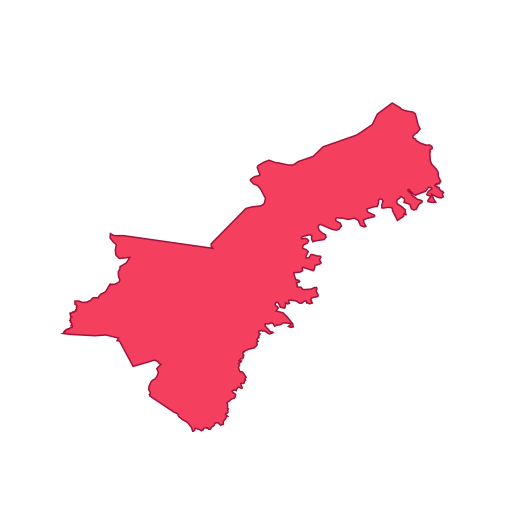 Chingola, Copperbelt, Zambia (Equal Earth projection), rotated 107°
{"feature_id": "96606910B88567375078856", "entity_name": "Chingola", "entity_type": "district", "adm_level": 2, "iso_a3": "ZMB", "parent_name": "Zambia", "parent_adm1": "Copperbelt", "projection": "equal_earth", "projection_center": [27.798, -12.504], "detail": "fine", "context": "isolated", "style": "filled", "palette": "rose", "viewbox_px": 512, "rotation_deg": 107, "n_neighbors": 0, "source": "geoboundaries", "source_scale": "gbopen_adm2", "svg_char_len": 6144}
<svg xmlns="http://www.w3.org/2000/svg" viewBox="0 0 512 512"><g transform="rotate(107 256 256)"><path d="M173.0,124.0L171.9,125.3L168.1,126.9L166.2,131.1L164.9,135.8L164.1,136.8L161.1,137.6L158.6,135.4L157.2,135.4L156.7,134.9L157.6,131.3L158.9,130.3L161.5,130.1L161.5,125.0L162.3,123.4L165.5,121.1L165.8,118.5L164.6,116.4L159.5,115.5L156.8,113.8L156.6,113.1L154.9,113.1L154.4,114.6L154.6,118.1L152.3,124.5L150.9,125.9L149.7,129.2L148.6,130.0L147.8,129.7L147.7,128.7L148.6,127.8L151.0,123.0L151.4,121.0L150.3,120.3L144.7,112.9L139.8,111.1L139.5,108.5L140.3,107.5L144.0,110.1L147.4,110.6L147.8,109.3L147.5,106.1L152.7,107.9L153.8,107.4L153.1,102.8L152.1,99.8L149.5,102.9L145.6,106.0L146.8,99.1L146.4,96.0L144.7,94.1L142.1,96.0L140.6,95.1L139.6,96.5L140.0,97.7L139.1,98.6L138.8,100.1L137.2,100.6L136.9,101.7L137.6,102.8L136.5,103.4L137.0,104.9L136.4,105.5L135.0,105.2L134.7,103.9L134.0,104.2L133.5,102.1L132.8,102.4L132.4,101.5L131.3,101.7L130.8,101.1L126.4,105.0L122.9,106.2L121.6,107.3L120.1,109.2L117.0,114.6L114.1,117.1L106.9,119.8L105.5,119.7L104.4,120.6L103.1,120.3L101.8,118.8L99.9,119.7L99.0,122.4L100.2,125.4L100.0,131.7L98.7,136.7L97.6,137.5L97.0,140.6L95.6,141.0L92.8,139.7L91.1,138.1L86.4,136.2L83.5,139.1L73.5,145.1L72.5,147.9L73.4,155.8L73.2,159.5L72.1,161.5L69.9,170.5L84.7,181.4L96.4,183.3L108.8,193.3L111.0,195.2L132.0,223.8L143.9,230.3L153.3,243.2L157.6,246.6L158.3,247.8L159.6,251.9L160.3,261.2L161.0,265.0L160.6,271.6L164.2,276.1L169.0,280.5L171.0,280.7L177.1,276.0L177.8,276.0L180.5,280.5L182.0,281.9L184.5,283.7L185.6,283.3L187.8,279.2L188.1,275.1L190.9,270.9L198.1,263.8L202.7,263.5L204.4,264.0L206.6,266.0L210.5,274.8L213.5,279.5L257.4,302.4L259.9,301.6L261.3,299.6L275.3,388.9L277.8,396.8L277.9,398.4L277.2,401.8L281.4,400.8L284.0,397.2L286.0,392.9L291.7,392.2L295.7,390.5L296.4,389.6L298.1,386.6L298.2,385.6L294.2,376.2L300.7,378.1L305.9,382.9L308.2,382.4L311.3,383.1L315.6,381.6L318.7,379.2L320.8,379.3L324.6,383.0L324.8,384.7L325.4,385.1L325.4,387.0L326.2,386.8L326.1,387.5L334.2,389.4L337.9,393.3L341.0,394.6L341.9,394.4L343.4,399.2L344.6,400.3L347.0,401.3L348.5,403.3L349.7,403.9L349.8,405.3L351.1,407.9L350.9,412.7L352.1,416.0L355.1,415.0L355.3,413.9L356.5,412.3L358.0,412.7L359.5,411.8L360.0,412.5L361.6,412.3L362.1,413.7L362.9,413.6L363.3,415.2L364.6,415.6L364.7,416.5L365.0,416.2L365.8,417.5L365.6,417.0L368.0,415.5L368.3,414.3L369.7,415.3L371.4,414.8L372.2,415.2L372.5,413.9L373.3,414.2L374.8,412.1L376.3,412.6L376.5,411.3L377.2,410.9L378.2,411.1L378.3,412.4L379.5,412.8L380.6,414.4L381.0,414.0L381.7,415.9L382.9,416.6L384.3,416.3L384.7,416.9L384.3,417.3L385.4,417.7L386.0,417.3L386.5,417.9L385.3,410.8L379.3,386.6L375.4,376.4L374.7,363.5L377.6,364.1L377.3,361.6L397.5,341.2L385.1,322.4L385.7,319.0L387.2,316.9L387.4,315.2L392.7,318.0L395.9,315.3L400.5,315.6L403.5,316.8L404.3,318.0L406.6,319.5L411.8,320.2L414.9,319.7L417.3,317.3L419.0,316.8L419.6,317.5L420.9,316.6L429.3,289.0L429.8,284.9L432.0,283.1L434.0,278.4L434.8,274.1L435.8,271.8L438.7,267.7L442.1,265.3L442.0,264.8L440.5,263.7L438.4,263.7L438.6,258.7L439.1,257.2L437.4,255.5L436.6,255.9L435.4,255.0L434.8,253.2L435.1,252.6L434.6,252.1L435.5,250.6L435.1,248.9L432.9,248.5L430.0,246.4L427.9,246.5L426.6,243.8L428.2,240.1L427.4,239.8L426.9,238.3L426.2,237.9L424.5,238.8L422.2,238.4L421.3,237.7L418.4,237.2L417.6,236.1L416.4,238.9L415.7,239.0L414.2,237.2L413.5,237.1L411.1,238.1L410.3,237.8L410.0,238.7L406.9,239.5L404.6,241.0L402.1,238.7L400.3,238.0L398.3,235.2L396.7,234.6L394.2,235.1L393.1,238.6L392.1,239.4L390.5,237.8L390.6,235.5L389.0,235.6L386.5,234.5L386.8,231.1L386.2,230.5L382.6,233.4L381.9,233.0L381.7,231.0L381.1,230.3L379.0,230.4L377.8,229.6L376.8,230.8L374.9,229.9L371.1,234.6L370.8,235.9L371.4,237.1L371.1,237.7L367.9,240.2L364.8,239.9L363.8,241.3L362.4,239.8L360.7,239.1L360.6,240.0L361.3,241.0L361.1,241.6L359.0,240.6L358.3,239.1L356.9,238.4L356.1,239.1L354.9,238.4L353.1,240.1L351.0,240.0L350.9,239.0L350.3,239.1L347.1,235.5L344.6,231.0L341.6,229.2L340.0,229.0L338.3,230.4L337.1,229.0L335.9,230.7L333.7,230.1L333.1,229.2L331.6,230.2L329.4,229.3L328.5,230.9L326.8,231.4L326.4,230.0L325.5,229.2L325.9,227.6L325.2,225.5L326.3,222.6L326.6,220.2L324.3,217.2L323.9,217.9L324.2,220.1L320.2,226.9L318.0,227.3L317.3,223.9L315.6,222.3L315.4,220.2L317.7,217.6L316.2,216.0L314.2,212.1L311.9,210.3L310.5,203.7L310.7,203.0L311.5,202.6L313.8,204.4L314.2,202.0L312.9,199.6L310.2,201.0L305.2,208.2L302.4,213.7L302.7,220.7L299.2,219.5L298.2,220.8L297.6,223.1L295.7,223.7L294.1,222.8L293.9,221.7L295.2,220.0L297.9,217.8L297.6,213.6L297.1,213.2L293.7,213.5L292.3,214.2L292.1,213.7L292.6,211.7L291.4,210.2L289.5,211.8L288.4,211.5L287.2,204.2L288.3,201.1L288.3,199.8L287.5,198.2L285.5,197.1L284.2,195.2L286.2,193.6L285.7,192.9L286.1,190.9L284.5,188.4L281.6,190.9L280.2,190.6L278.7,188.9L277.0,185.4L276.3,185.0L274.7,185.4L272.2,188.2L269.4,188.2L268.4,189.0L269.0,190.8L271.6,193.7L274.2,200.6L274.2,201.5L272.7,203.9L273.5,206.9L273.3,207.7L271.6,208.1L269.5,209.6L268.5,207.1L267.4,206.8L266.8,208.1L266.9,211.1L263.2,213.9L260.9,214.9L258.6,209.3L256.5,207.2L253.6,208.3L253.1,207.9L253.3,196.8L252.4,196.4L247.8,196.7L244.9,192.5L243.5,191.7L241.0,194.2L238.0,193.6L237.4,194.2L238.1,198.2L238.1,202.9L238.5,203.9L241.6,204.6L243.3,206.6L243.3,207.3L241.9,208.2L236.6,207.3L235.2,209.7L235.0,213.4L234.2,213.9L231.8,214.0L228.5,210.6L225.9,210.2L224.8,211.9L224.7,214.0L226.2,217.1L225.0,218.1L223.7,217.0L220.0,211.0L220.1,208.7L223.4,207.9L225.8,205.9L224.0,203.3L220.4,195.7L217.5,194.5L215.4,195.7L214.6,199.6L213.0,203.0L210.8,204.9L209.4,205.2L207.6,204.6L206.9,203.4L208.3,190.7L207.8,186.8L206.2,184.5L202.3,183.0L200.0,185.0L198.9,190.1L197.0,190.6L196.0,190.0L194.5,184.3L194.1,178.5L191.0,172.9L192.2,168.4L196.3,165.0L196.5,161.0L195.9,159.7L195.5,159.5L192.4,162.7L190.1,163.7L187.7,160.9L184.1,154.8L183.0,154.1L182.3,154.9L181.4,161.6L180.2,163.0L178.5,163.7L174.3,157.3L173.2,154.6L170.5,154.3L166.4,155.0L164.9,153.7L165.2,151.9L166.1,150.6L170.2,150.6L173.1,149.9L173.1,148.5L171.2,144.8L170.3,141.5L170.3,139.9L172.9,138.5L180.7,131.1L175.0,126.5L172.1,126.6L173.0,124.0Z" fill="#f43f5e" stroke="#9f1239" stroke-width="1.5"/></g></svg>